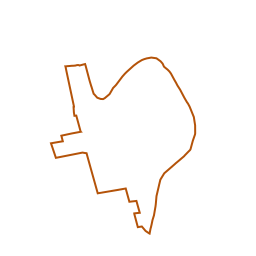 outline of Grindu, Tulcea, Romania, rotated 43°
{"feature_id": "2599482B48217588549451", "entity_name": "Grindu", "entity_type": "district", "adm_level": 2, "iso_a3": "ROU", "parent_name": "Romania", "parent_adm1": "Tulcea", "projection": "robinson", "projection_center": [28.213, 45.412], "detail": "fine", "context": "isolated", "style": "outline", "palette": "amber", "viewbox_px": 256, "rotation_deg": 43, "n_neighbors": 0, "source": "geoboundaries", "source_scale": "gbopen_adm2", "svg_char_len": 2161}
<svg xmlns="http://www.w3.org/2000/svg" viewBox="0 0 256 256"><g transform="rotate(43 128 128)"><path d="M109.4,57.3L106.5,57.0L106.2,57.0L101.3,57.6L97.0,60.6L95.0,63.3L94.3,64.2L92.9,66.6L91.8,68.9L90.5,73.5L89.6,78.5L89.1,84.3L88.8,87.8L88.7,90.5L88.8,94.2L89.9,104.6L89.9,105.8L89.8,108.9L89.9,109.3L90.3,110.9L90.3,111.0L90.5,111.8L90.6,112.3L91.1,114.4L91.4,115.9L90.8,120.8L90.7,121.4L90.7,121.8L90.1,123.8L88.2,125.4L84.9,126.8L83.6,126.7L80.7,126.4L80.0,126.4L79.8,126.4L79.5,126.4L78.0,125.5L77.7,125.4L76.9,124.9L72.9,122.6L72.7,122.5L72.5,122.4L72.4,122.4L71.8,122.0L70.2,121.1L69.9,120.9L69.2,120.5L69.0,120.4L67.0,119.2L54.6,111.4L53.0,110.5L51.6,112.7L50.0,115.3L49.9,115.3L49.7,115.3L49.4,115.5L49.1,115.7L48.8,115.8L48.6,116.0L48.4,116.2L48.3,116.3L48.0,116.6L47.9,116.7L47.8,116.9L47.6,117.2L47.4,117.4L47.1,118.0L46.9,118.3L46.7,118.5L46.4,118.8L46.1,119.2L45.9,119.4L45.7,119.6L44.9,120.4L44.3,121.0L43.7,121.7L43.1,122.4L42.5,123.0L41.9,123.7L41.3,124.3L40.8,125.0L40.2,125.6L40.4,125.7L43.9,128.2L73.9,149.2L74.1,149.5L73.9,149.8L77.8,153.5L80.5,155.6L81.7,154.2L91.4,160.2L95.9,163.0L96.0,163.0L90.7,170.2L85.6,177.5L84.5,179.1L85.8,179.9L89.4,182.2L87.2,185.0L82.1,191.7L84.7,193.1L85.1,193.3L95.6,199.0L98.0,195.7L107.1,183.1L111.5,177.0L113.2,175.9L114.9,174.7L116.8,175.9L126.1,181.6L135.3,187.2L150.4,196.4L162.4,180.7L167.6,173.8L179.3,181.0L183.9,175.6L194.4,182.0L190.8,186.2L190.9,186.3L191.6,186.8L197.7,190.6L202.8,193.8L205.3,190.6L211.1,191.3L214.2,190.8L215.5,190.6L215.8,190.5L213.4,186.7L213.1,186.2L212.4,184.8L211.4,183.1L211.2,182.7L208.7,178.6L207.4,175.9L207.2,175.5L207.0,175.1L206.7,174.4L201.6,166.6L200.3,164.8L195.3,158.4L189.8,148.8L189.6,148.5L186.9,143.7L185.4,136.4L186.8,123.2L186.8,122.9L186.9,122.4L186.9,121.8L188.3,110.2L188.2,109.7L188.3,104.6L188.4,101.8L188.2,100.9L184.2,93.3L181.4,87.0L180.7,86.0L180.5,85.8L175.3,80.3L168.7,75.1L158.6,70.4L155.4,69.3L154.6,69.1L153.8,69.0L151.1,68.2L148.5,67.4L139.9,64.4L135.2,63.2L132.4,62.2L129.8,61.4L128.8,61.1L122.3,58.9L119.7,58.4L116.9,58.3L116.0,58.4L112.6,58.6L111.5,58.2L110.4,57.7L109.4,57.3Z" fill="none" stroke="#b45309" stroke-width="2"/></g></svg>